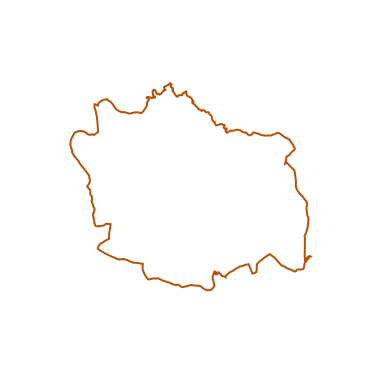 outline of Antsirabe I, Vakinankaratra, Madagascar, rotated 142°
{"feature_id": "10022922B38771191417556", "entity_name": "Antsirabe I", "entity_type": "district", "adm_level": 2, "iso_a3": "MDG", "parent_name": "Madagascar", "parent_adm1": "Vakinankaratra", "projection": "robinson", "projection_center": [47.02, -19.882], "detail": "fine", "context": "isolated", "style": "outline", "palette": "amber", "viewbox_px": 384, "rotation_deg": 142, "n_neighbors": 0, "source": "geoboundaries", "source_scale": "gbopen_adm2", "svg_char_len": 6086}
<svg xmlns="http://www.w3.org/2000/svg" viewBox="0 0 384 384"><g transform="rotate(142 192 192)"><path d="M152.5,63.1L151.8,62.9L150.8,63.2L145.9,67.6L145.1,66.9L144.4,67.2L139.8,68.6L138.3,68.2L138.5,68.8L139.6,69.4L140.8,69.5L144.7,69.1L143.0,71.7L134.0,82.9L131.2,86.5L130.5,87.9L128.6,88.9L127.8,89.0L126.5,90.2L124.8,91.2L124.4,91.7L122.9,92.8L121.6,94.0L116.7,99.1L116.0,100.7L115.4,103.0L114.5,104.2L112.7,107.4L112.2,108.2L110.7,109.9L109.3,111.0L107.8,113.3L107.6,120.7L108.0,123.3L107.9,123.8L108.2,124.3L107.8,129.9L106.1,133.4L103.9,135.9L99.8,142.5L98.0,146.1L98.8,151.4L99.2,156.8L101.2,157.0L99.8,158.2L97.8,159.6L97.0,160.7L95.6,161.6L94.4,161.4L92.0,161.3L89.6,162.0L85.0,162.3L84.2,163.1L84.0,163.6L83.9,165.1L83.5,166.4L83.3,167.8L83.2,171.8L83.1,172.4L82.8,173.0L84.0,175.5L85.7,179.5L86.2,182.0L87.2,184.9L87.9,185.6L89.0,186.3L91.4,186.6L92.9,187.5L94.5,187.7L95.5,188.2L96.7,189.4L98.7,190.6L101.4,193.1L103.1,195.6L103.5,196.4L104.8,198.1L105.2,199.0L106.4,200.7L107.1,201.1L110.3,200.6L111.2,200.9L111.9,201.4L112.5,202.1L112.6,204.7L112.8,205.5L113.2,206.0L114.0,206.5L114.6,207.2L114.8,207.9L115.6,209.2L115.8,210.4L115.8,210.9L117.2,212.3L117.5,212.8L118.1,213.3L119.2,214.0L121.3,214.7L122.2,215.2L123.0,215.7L123.6,216.5L124.0,216.8L126.8,216.8L127.6,216.9L127.9,217.2L128.1,218.0L127.9,219.4L127.6,219.9L127.3,219.4L126.5,219.6L125.6,220.8L125.9,221.1L126.6,221.3L127.2,221.9L127.4,222.3L127.2,223.3L126.5,223.8L125.2,224.4L125.1,224.7L125.8,225.1L126.2,225.6L126.7,227.4L130.1,228.9L131.1,229.1L131.9,229.8L132.0,230.3L131.7,232.1L131.4,233.0L131.0,233.4L131.6,234.0L131.8,234.4L131.7,235.9L130.7,238.1L129.9,239.5L129.8,240.3L130.3,242.5L129.8,244.5L130.3,245.2L131.1,245.5L131.9,246.4L132.2,248.9L133.4,250.2L134.0,249.9L134.6,250.3L135.0,251.2L135.2,252.1L136.0,253.5L135.7,254.3L135.8,256.6L136.2,257.3L136.2,258.1L136.0,258.7L136.0,259.4L136.9,261.5L136.9,262.0L136.3,262.9L135.8,262.4L135.4,262.2L135.2,262.3L134.9,263.5L134.8,265.3L134.8,266.1L135.4,268.6L136.5,270.6L136.1,272.8L135.4,273.7L134.6,274.3L134.6,274.6L135.2,275.1L136.5,275.1L136.9,275.3L137.7,275.0L138.1,275.0L138.7,275.4L139.3,275.1L140.0,274.5L140.3,274.5L141.2,275.2L142.0,275.6L142.7,276.4L143.2,276.4L144.5,276.0L144.8,276.1L145.2,276.5L145.3,277.1L145.3,279.9L145.0,281.5L145.2,282.3L145.0,283.0L145.1,283.8L144.3,284.0L144.0,284.2L143.8,284.9L143.2,285.3L143.2,285.7L144.0,286.9L143.9,288.1L143.5,288.5L142.1,288.9L141.9,289.2L141.9,289.7L142.1,290.1L142.2,291.1L142.5,291.2L142.9,290.5L143.3,290.5L143.7,291.1L145.1,291.1L148.0,291.5L148.5,291.9L149.3,292.0L149.7,291.7L149.8,291.3L149.9,290.6L150.2,290.2L150.1,289.3L150.3,288.7L150.9,288.8L151.6,289.0L152.2,289.6L152.8,289.2L154.4,288.7L155.5,288.7L155.9,288.5L156.4,288.4L156.7,288.7L157.7,288.8L157.6,289.5L158.1,289.8L158.7,290.5L159.5,291.0L159.4,291.5L158.8,292.2L158.5,294.9L158.9,296.0L159.6,296.2L159.8,296.1L160.5,295.4L161.6,295.2L161.8,294.9L161.9,293.7L162.4,293.3L162.6,292.6L163.4,291.8L163.5,291.3L163.3,290.7L162.7,290.4L162.5,290.1L162.6,289.4L162.8,289.3L164.0,289.6L164.6,289.9L165.1,290.7L166.3,291.1L166.5,291.3L167.0,292.7L167.9,293.5L168.5,294.4L169.1,294.5L169.5,294.3L169.7,293.8L169.2,293.8L168.8,293.5L168.7,293.0L169.1,291.5L169.7,291.0L170.9,290.7L172.6,290.0L173.8,288.4L174.8,287.7L176.2,287.0L180.2,285.8L183.2,285.2L185.6,288.1L188.6,290.3L190.1,291.0L191.9,291.5L192.7,292.0L193.5,292.9L195.0,295.3L198.6,298.7L199.9,301.1L200.8,303.7L200.9,305.7L200.7,307.9L200.4,310.3L200.7,313.3L201.7,315.8L201.9,317.5L203.6,318.2L204.6,319.0L205.8,319.3L208.4,319.8L210.9,319.5L211.9,319.0L212.9,318.1L213.7,319.8L214.7,321.1L215.9,319.8L217.1,318.1L218.1,314.9L219.1,313.1L220.7,309.8L223.8,304.8L226.8,300.4L228.0,298.4L229.2,297.1L234.1,297.3L234.8,298.8L236.3,299.2L237.3,300.0L237.9,300.7L238.6,301.9L238.9,303.6L240.0,306.3L242.3,308.8L243.7,309.7L245.3,310.2L246.9,310.9L248.5,310.8L253.4,308.7L254.9,307.8L256.9,306.3L259.3,303.3L260.9,298.8L262.1,296.9L262.5,294.8L262.6,292.4L262.4,286.3L262.8,283.8L262.9,281.3L262.8,274.6L262.9,268.7L265.0,264.5L265.8,263.3L266.9,262.5L267.5,262.2L271.3,260.8L271.1,258.7L271.2,257.0L271.1,256.2L271.2,255.8L272.0,254.6L272.7,254.1L273.3,253.2L273.8,251.7L273.5,251.2L273.9,250.4L273.9,249.7L274.2,249.2L274.6,248.9L274.7,248.5L275.2,247.9L276.4,247.0L276.7,246.5L276.9,245.9L277.6,244.7L277.7,243.0L278.5,242.2L278.7,241.5L278.7,240.1L279.1,239.0L279.4,238.8L279.6,238.0L280.6,237.5L281.7,236.3L282.9,236.2L283.5,235.4L284.0,235.1L284.3,234.7L285.2,233.0L285.2,232.6L286.0,231.7L286.1,231.2L287.2,228.9L287.9,228.0L288.2,227.5L288.2,226.6L288.8,225.7L288.8,224.6L288.2,223.7L287.2,222.8L282.4,220.0L281.4,219.8L279.5,220.0L278.3,219.0L277.5,218.2L276.6,217.6L275.9,216.8L277.5,215.1L283.4,209.8L286.0,206.2L290.6,207.0L294.4,207.3L296.6,207.7L299.4,206.6L301.2,205.2L300.5,202.5L299.2,199.8L298.2,196.8L294.3,189.1L291.9,184.9L290.9,183.6L287.4,181.5L286.3,180.3L281.7,172.3L278.8,169.9L276.9,167.6L275.0,165.7L278.4,161.7L279.3,159.2L280.2,155.7L280.4,150.6L280.2,149.9L275.6,147.6L273.7,146.0L272.1,145.1L268.8,138.9L267.7,137.7L266.5,135.5L265.6,134.9L264.9,132.8L262.9,129.6L261.9,128.7L260.1,127.6L259.6,126.9L259.4,125.7L258.3,123.0L249.9,119.2L247.2,116.4L244.0,113.6L243.1,112.0L242.4,108.9L241.4,106.5L240.3,105.0L239.5,104.4L238.2,103.7L236.6,103.0L232.2,104.3L231.6,104.8L230.4,108.0L229.2,110.6L228.2,112.2L227.4,112.9L225.9,113.9L223.6,115.3L223.0,115.4L222.0,113.3L222.1,113.0L223.3,113.4L223.8,113.4L224.1,113.2L224.2,112.9L224.0,112.5L223.6,112.3L223.2,111.7L222.2,111.8L220.4,112.2L220.5,110.9L220.4,110.4L219.8,109.6L220.2,108.4L220.0,107.2L219.6,106.6L219.0,106.3L218.0,104.6L218.0,104.2L216.5,105.2L213.3,105.3L212.6,105.4L212.0,105.6L208.4,104.7L205.1,104.6L200.1,103.8L197.1,102.3L195.2,101.9L191.8,100.2L194.6,90.5L192.5,89.6L191.3,89.4L190.5,89.4L187.5,92.5L186.1,94.4L185.4,95.0L184.5,95.2L184.1,95.4L182.5,95.6L175.4,95.7L172.1,95.5L168.9,95.1L167.3,88.9L166.8,79.4L164.9,76.1L163.9,73.1L161.8,69.8L160.1,66.1L159.0,65.6L157.6,66.1L156.4,65.9L154.2,64.2L152.5,63.1Z" fill="none" stroke="#b45309" stroke-width="2"/></g></svg>